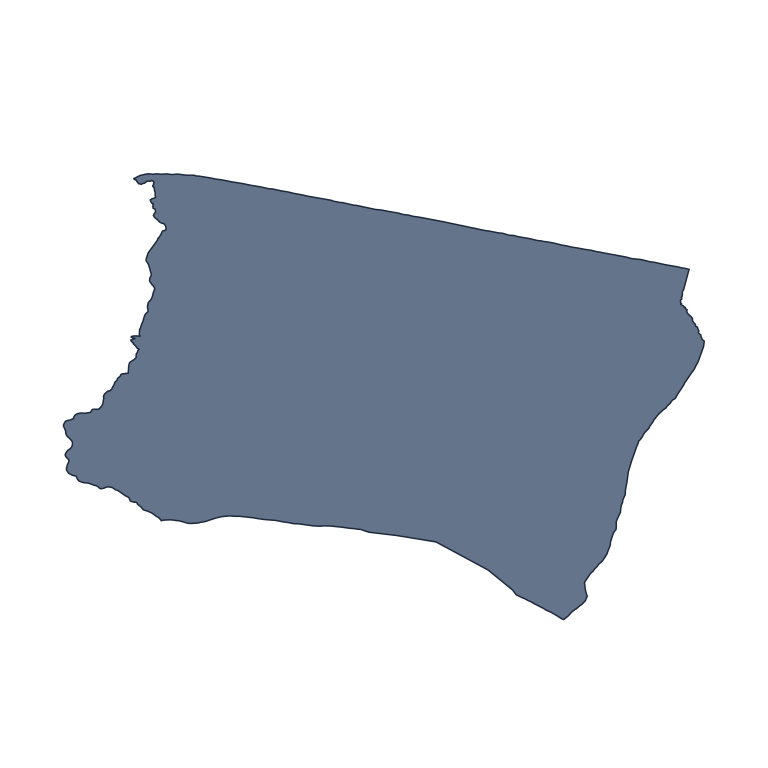 outline of Omhajer, Gash Barka, Eritrea, rotated 105°
{"feature_id": "51966322B84792340140154", "entity_name": "Omhajer", "entity_type": "district", "adm_level": 2, "iso_a3": "ERI", "parent_name": "Eritrea", "parent_adm1": "Gash Barka", "projection": "equal_earth", "projection_center": [36.816, 14.649], "detail": "fine", "context": "isolated", "style": "filled", "palette": "slate", "viewbox_px": 768, "rotation_deg": 105, "n_neighbors": 0, "source": "geoboundaries", "source_scale": "gbopen_adm2", "svg_char_len": 6143}
<svg xmlns="http://www.w3.org/2000/svg" viewBox="0 0 768 768"><g transform="rotate(105 384 384)"><path d="M464.7,122.2L462.1,122.6L457.1,124.0L454.3,123.8L446.7,122.4L442.2,123.2L439.2,123.3L436.8,122.9L434.1,123.3L428.7,122.4L427.1,122.6L424.3,123.3L416.2,123.9L405.4,125.3L394.3,124.9L379.9,123.8L374.7,123.1L373.3,123.3L371.7,122.2L368.8,121.1L363.7,119.7L358.3,116.7L355.9,116.3L350.9,114.4L348.7,113.9L342.9,111.4L337.0,107.8L333.8,105.2L332.3,104.9L328.2,102.4L326.4,101.9L324.4,100.8L323.4,99.6L322.2,98.8L317.8,97.7L307.6,94.3L304.6,93.8L304.0,93.4L294.0,90.0L291.6,88.9L288.8,88.0L285.3,87.4L283.1,86.7L278.8,86.1L265.0,85.0L259.8,85.7L259.5,86.1L259.0,87.5L257.8,88.8L256.6,89.7L254.5,90.8L253.5,93.2L252.4,93.8L251.3,93.5L250.1,94.7L248.1,95.8L247.9,96.1L247.7,97.7L245.7,98.7L245.3,99.6L243.2,102.3L242.4,102.5L242.1,102.8L241.0,102.9L240.0,104.0L239.0,105.6L238.6,106.8L237.2,109.0L236.5,109.7L234.9,110.5L234.5,110.7L233.9,110.4L233.4,111.9L233.1,112.4L232.0,112.8L232.0,113.9L231.0,115.1L230.5,117.6L230.1,118.0L229.8,118.1L229.3,117.6L228.6,118.6L227.5,118.8L226.3,119.4L224.9,118.4L224.1,118.5L223.0,119.2L221.7,118.6L221.0,118.9L217.7,119.6L216.5,119.5L215.6,119.0L194.3,119.0L194.4,123.9L194.7,125.4L194.8,130.1L196.0,143.6L196.5,155.1L197.1,158.5L197.2,167.7L198.8,177.4L198.7,182.5L200.6,206.6L200.7,209.5L201.1,212.5L201.2,218.7L201.9,224.1L202.5,232.0L203.2,238.1L203.3,243.7L203.8,248.2L203.9,256.3L204.4,262.4L205.0,266.9L205.1,269.3L205.7,273.0L205.9,281.3L207.0,292.6L206.9,297.0L207.9,301.6L207.7,308.4L208.4,312.6L209.1,322.7L209.6,325.8L211.9,368.4L213.7,392.9L214.5,399.2L214.5,404.0L215.3,409.0L215.2,414.1L216.2,425.3L216.6,431.5L217.6,437.3L218.6,456.9L219.1,459.4L219.5,470.9L220.1,473.8L220.2,476.7L220.5,479.6L220.2,482.5L222.3,506.2L222.5,511.2L223.2,520.8L223.3,526.0L224.0,533.2L224.5,542.5L225.2,545.6L225.5,553.8L226.5,563.9L227.0,572.6L228.1,583.2L228.8,593.7L229.6,599.7L229.9,605.2L231.1,616.6L231.6,619.0L231.5,621.5L233.5,629.2L234.6,637.6L236.6,643.1L237.2,648.0L239.2,654.1L239.5,656.5L240.0,658.6L241.3,661.6L241.3,662.5L242.0,666.3L243.3,669.0L245.7,673.6L250.4,678.8L250.8,678.4L250.7,677.9L251.0,677.9L251.3,675.9L252.2,675.4L253.3,673.6L254.0,673.1L253.9,670.3L253.8,669.9L252.8,669.0L252.2,667.6L250.9,666.4L249.5,665.6L248.5,661.9L247.5,661.3L247.8,660.2L247.9,659.1L248.2,658.9L249.5,658.3L250.6,658.5L251.1,658.2L252.5,658.7L252.9,658.5L254.1,656.7L255.9,656.0L258.7,654.4L261.2,653.9L262.9,652.9L264.2,654.4L265.1,656.0L266.5,657.3L266.8,657.4L268.0,656.7L269.5,655.0L269.5,653.6L270.8,653.6L271.5,653.1L272.2,653.3L273.1,652.7L273.8,652.7L274.2,651.9L274.2,650.8L274.4,650.4L276.0,649.5L277.3,649.3L278.7,650.0L279.5,650.0L280.8,650.4L281.9,649.4L282.7,648.3L284.2,644.9L285.7,642.7L286.1,640.8L286.2,637.8L288.1,635.6L291.1,634.5L292.5,635.6L293.2,637.2L294.8,637.9L296.5,638.0L300.9,639.3L301.2,639.8L304.3,640.3L317.2,645.3L319.2,645.8L324.2,646.1L325.8,645.9L327.1,645.2L327.8,644.1L329.9,642.1L338.2,637.2L339.8,637.0L341.5,637.5L343.1,637.5L345.3,637.0L348.0,634.0L349.1,632.1L349.8,631.3L351.0,630.3L351.8,630.1L355.2,630.5L359.6,630.4L362.5,630.8L366.3,632.8L370.4,632.5L372.0,632.0L374.0,631.0L375.1,630.8L376.2,631.3L377.2,632.0L378.6,632.7L380.8,633.0L386.3,633.1L388.6,633.6L392.8,633.7L394.4,634.2L399.2,633.3L400.1,632.5L401.1,632.2L401.3,632.4L401.2,633.8L402.3,637.9L403.0,639.6L403.9,640.4L404.3,640.2L404.6,638.3L404.4,637.5L404.6,636.5L405.1,636.8L405.3,637.2L407.1,639.9L408.2,639.1L409.3,636.6L409.7,636.8L410.2,636.4L411.3,634.0L412.1,633.2L413.5,631.4L413.6,629.9L414.0,629.6L415.5,630.4L417.4,630.4L418.9,631.1L421.6,630.6L422.3,630.1L425.3,631.9L428.4,634.8L429.9,635.4L433.6,635.1L439.7,633.9L440.4,635.2L440.5,636.2L441.2,637.3L441.9,639.5L443.1,640.7L444.7,640.8L447.6,642.9L449.4,642.8L452.0,644.4L455.5,644.7L457.0,645.4L459.5,645.6L460.8,646.6L461.4,646.8L462.3,648.9L466.0,651.4L468.6,651.8L469.7,651.1L475.7,650.5L478.6,651.0L479.8,651.8L481.2,652.4L481.9,653.0L482.6,654.2L482.9,655.3L483.3,657.4L483.9,658.7L485.0,659.6L487.1,660.0L487.7,660.8L489.5,664.9L490.5,669.4L492.0,672.5L493.5,674.0L495.4,674.9L496.9,675.2L497.8,675.0L500.2,678.2L501.1,680.1L502.0,681.5L502.8,682.2L506.3,683.0L507.5,682.8L511.6,679.5L513.9,678.7L515.4,677.7L516.5,676.5L518.4,672.9L519.8,670.8L520.7,670.0L523.5,669.2L525.8,669.5L527.3,670.1L529.7,672.1L531.6,673.0L533.3,673.5L534.9,673.7L536.5,672.6L538.7,669.1L539.7,668.4L541.6,668.5L544.5,669.0L545.8,668.8L546.6,669.0L548.3,668.8L549.3,668.3L551.8,665.7L552.9,661.0L552.6,658.3L552.8,657.5L555.2,655.6L556.6,653.7L556.8,652.9L557.1,648.7L556.4,645.0L556.3,643.3L556.8,637.8L556.7,636.0L557.1,633.9L558.3,631.8L558.5,630.9L558.4,630.2L557.1,627.4L556.0,626.3L554.8,624.2L554.5,622.1L554.4,619.7L554.7,618.6L555.6,616.1L555.7,613.6L558.3,606.6L558.9,604.8L559.5,601.7L560.3,600.5L562.4,599.1L562.8,598.3L562.9,594.4L562.4,593.5L562.5,592.4L562.9,591.8L563.9,590.9L565.8,586.7L567.7,584.1L567.9,582.9L568.0,579.9L568.6,575.2L571.0,568.9L571.3,567.3L572.9,564.6L573.7,563.8L572.4,561.3L570.5,555.3L569.9,551.6L569.7,549.5L569.1,546.2L569.3,537.9L569.1,536.4L568.9,535.2L568.0,532.3L566.4,527.6L565.3,525.8L563.4,521.6L562.4,519.9L561.6,518.8L556.9,511.6L553.9,505.9L551.2,498.5L550.7,495.1L549.1,488.8L547.0,475.2L546.8,472.0L545.9,464.7L543.8,453.4L543.4,447.0L542.5,439.2L542.3,435.1L541.1,429.8L539.3,415.2L537.9,408.9L536.5,405.0L535.1,399.2L533.2,387.5L532.2,379.4L531.4,375.2L531.2,372.7L530.5,368.9L531.1,360.5L527.1,332.8L523.1,292.9L536.7,235.4L549.8,206.3L553.4,201.7L554.6,195.4L555.0,192.2L555.9,188.8L556.3,185.7L557.2,182.7L559.4,172.2L560.5,168.7L561.0,164.8L562.5,158.9L564.7,151.9L565.1,149.5L560.2,145.9L555.9,143.8L552.0,140.9L551.5,140.1L547.5,137.5L545.4,135.7L541.1,133.3L538.9,133.2L536.4,132.7L534.7,134.0L529.9,136.6L525.6,138.2L524.6,138.8L523.2,138.8L513.6,135.5L510.5,133.5L508.2,132.7L505.5,131.1L502.1,129.8L500.6,128.5L498.8,127.5L496.7,126.6L496.1,126.6L494.6,125.8L493.8,125.8L493.3,125.4L492.2,125.3L491.0,124.7L485.9,124.3L483.1,123.9L480.3,123.8L478.6,124.3L477.3,124.3L471.0,124.0L468.7,123.8L466.5,123.2L464.7,122.2Z" fill="#64748b" stroke="#1e293b" stroke-width="1.5"/></g></svg>